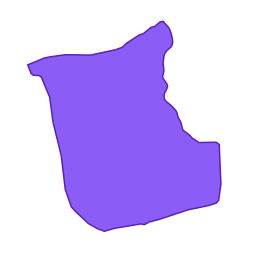 Santo Domingo Xenacoj, Sacatepéquez, Guatemala (Robinson projection), rotated 79°
{"feature_id": "79465075B12925018589584", "entity_name": "Santo Domingo Xenacoj", "entity_type": "district", "adm_level": 2, "iso_a3": "GTM", "parent_name": "Guatemala", "parent_adm1": "Sacatepéquez", "projection": "robinson", "projection_center": [-90.711, 14.68], "detail": "fine", "context": "isolated", "style": "filled", "palette": "violet", "viewbox_px": 256, "rotation_deg": 79, "n_neighbors": 0, "source": "geoboundaries", "source_scale": "gbopen_adm2", "svg_char_len": 1223}
<svg xmlns="http://www.w3.org/2000/svg" viewBox="0 0 256 256"><g transform="rotate(79 128 128)"><path d="M30.0,73.0L30.1,76.6L33.4,82.3L33.6,86.2L38.4,95.1L38.7,99.0L44.3,112.7L47.7,118.5L48.8,125.2L49.3,150.7L44.1,175.5L43.3,190.8L43.3,196.7L46.9,214.4L56.1,212.7L58.2,210.9L59.5,205.4L61.4,203.4L83.0,199.0L107.7,200.5L142.8,198.8L176.3,201.3L194.6,198.7L200.7,195.0L202.9,193.3L214.3,185.1L221.0,177.2L224.9,170.9L223.9,160.3L224.6,133.7L226.0,130.4L224.3,125.2L223.6,114.4L219.8,84.9L219.5,63.6L218.6,55.8L216.4,52.9L200.9,47.5L161.5,41.6L158.8,44.2L155.8,61.2L149.7,67.3L148.0,68.1L146.6,69.0L145.0,70.5L143.4,71.9L142.1,73.2L140.8,74.2L139.0,74.8L136.7,74.8L134.8,74.8L133.0,75.0L130.7,75.5L128.4,76.4L124.9,76.9L122.0,77.1L120.1,77.7L117.8,79.0L115.1,80.7L112.5,82.7L109.2,85.5L106.8,86.7L104.5,86.6L102.4,86.1L100.5,85.2L98.3,83.5L96.2,81.9L94.6,81.2L91.7,81.5L90.2,82.3L86.6,83.9L84.7,84.3L83.0,83.7L81.0,82.8L79.2,82.0L77.0,81.6L74.9,81.5L71.4,81.2L69.9,80.8L67.7,80.1L65.2,79.3L63.6,78.7L61.3,77.1L59.5,75.1L58.0,72.7L56.9,70.7L55.3,69.1L52.7,67.9L51.1,67.6L47.7,67.5L45.5,67.5L43.0,67.7L40.3,68.1L38.5,68.5L36.9,69.1L34.8,70.3L32.0,72.1L30.0,73.0Z" fill="#8b5cf6" stroke="#5b21b6" stroke-width="1.5"/></g></svg>